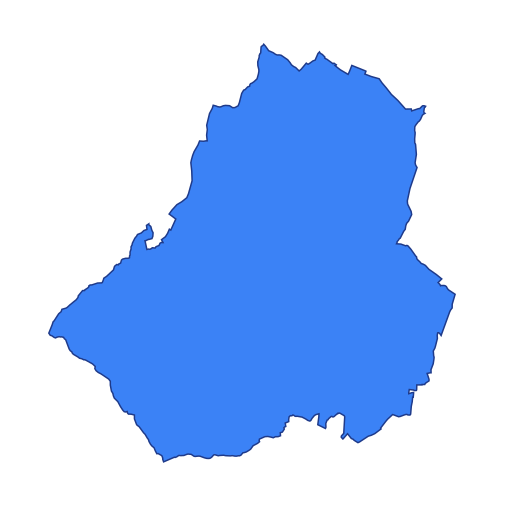 Mesesenii De Jos, Salaj, Romania (Robinson projection), rotated 94°
{"feature_id": "2599482B79196905607630", "entity_name": "Mesesenii De Jos", "entity_type": "district", "adm_level": 2, "iso_a3": "ROU", "parent_name": "Romania", "parent_adm1": "Salaj", "projection": "robinson", "projection_center": [22.986, 47.138], "detail": "fine", "context": "isolated", "style": "filled", "palette": "blue", "viewbox_px": 512, "rotation_deg": 94, "n_neighbors": 0, "source": "geoboundaries", "source_scale": "gbopen_adm2", "svg_char_len": 6006}
<svg xmlns="http://www.w3.org/2000/svg" viewBox="0 0 512 512"><g transform="rotate(94 256 256)"><path d="M384.3,402.6L389.0,394.4L391.1,392.6L395.0,392.3L400.8,390.8L403.1,389.2L405.5,388.5L407.7,387.4L410.9,383.7L415.8,380.6L419.1,378.1L420.5,376.6L420.7,375.0L420.1,373.7L421.8,373.1L422.6,372.2L422.5,369.6L423.1,366.2L427.0,365.9L432.4,363.4L433.1,362.8L434.4,360.7L440.2,355.8L441.6,354.2L445.1,351.8L446.6,350.5L448.5,349.8L451.0,348.2L452.7,346.7L454.4,344.3L457.5,342.8L460.2,341.1L459.9,339.9L461.5,336.5L462.1,335.8L464.0,335.0L465.5,334.8L467.8,333.8L462.9,324.3L462.4,323.4L462.6,322.7L461.9,321.1L460.3,319.0L460.4,317.4L460.0,314.0L458.5,310.8L458.3,309.8L458.4,306.8L460.1,303.8L460.2,302.7L459.6,299.5L459.6,297.9L460.9,293.4L461.3,291.2L461.3,289.4L461.1,288.1L460.7,287.3L459.7,286.1L457.5,284.4L457.2,283.8L457.2,282.7L457.9,279.8L457.5,278.2L457.0,274.4L457.3,272.5L457.2,267.8L456.8,265.7L457.1,263.0L457.0,261.3L456.5,259.7L456.4,258.3L455.7,257.1L453.2,255.3L453.0,254.2L452.2,252.1L450.5,249.6L449.1,247.9L445.4,245.6L442.8,241.4L441.0,239.5L439.9,240.0L438.4,239.8L435.6,234.5L435.2,231.6L435.6,228.5L436.1,226.1L434.9,224.0L434.7,221.4L433.6,219.0L430.6,219.5L429.8,217.4L426.7,215.7L425.4,216.2L424.6,215.6L424.0,214.4L420.6,215.2L418.9,211.8L416.9,212.0L414.2,211.8L412.9,210.6L412.9,209.1L412.0,208.1L412.3,207.1L412.9,206.3L413.2,205.5L413.0,203.6L413.5,198.8L415.1,195.1L416.4,192.8L416.9,190.7L416.2,189.8L414.1,188.8L411.2,186.7L410.1,185.3L409.0,182.2L411.8,182.1L420.0,182.6L423.2,174.7L422.0,174.3L418.2,174.7L414.7,173.6L414.4,172.8L413.2,172.2L410.9,169.9L410.7,169.1L411.1,168.5L411.2,167.9L410.7,166.9L408.9,165.2L407.8,163.8L407.6,163.9L407.1,163.4L407.0,163.1L407.3,162.8L406.8,161.6L409.1,156.9L410.1,156.3L426.8,156.1L429.5,158.2L430.7,158.4L432.5,156.7L432.4,156.4L426.9,152.3L431.4,148.2L432.1,146.2L433.0,145.3L435.1,141.3L434.3,139.8L427.9,131.4L426.8,128.5L424.9,125.1L419.8,119.2L419.0,119.7L411.9,115.0L409.7,113.4L404.6,108.6L406.4,102.5L406.0,100.9L404.3,97.2L403.6,95.4L403.5,94.4L404.0,93.3L403.9,91.3L403.0,90.7L395.1,90.6L390.5,90.0L385.9,89.9L385.9,89.3L381.5,89.2L381.1,89.3L381.5,91.0L382.7,94.0L381.7,94.1L378.5,93.8L378.7,89.5L379.2,88.3L378.9,86.6L378.1,86.4L373.4,86.6L373.0,81.4L372.6,81.4L372.4,78.7L371.9,78.6L370.6,77.5L368.5,74.7L366.9,74.8L361.2,77.1L360.4,74.2L360.3,73.2L357.2,73.5L351.2,71.7L346.2,71.3L344.5,71.3L343.1,71.8L338.4,72.5L335.6,71.2L333.5,70.7L325.6,69.3L322.5,69.7L320.0,69.4L319.8,68.5L320.5,67.3L322.4,65.8L298.2,58.9L296.1,58.0L294.2,56.7L290.4,56.9L280.3,54.7L276.3,61.7L275.1,62.8L273.2,64.0L272.5,65.2L272.3,66.3L272.5,68.7L272.5,69.4L272.8,69.8L271.5,70.6L269.8,72.5L265.9,69.1L262.1,74.5L257.2,82.6L253.6,86.3L252.5,88.6L251.9,90.7L250.5,92.0L248.3,94.7L247.4,95.4L245.6,95.8L245.0,96.6L238.3,102.1L235.3,105.1L234.9,106.2L235.4,107.4L234.0,112.3L234.0,116.7L232.6,116.2L231.8,116.2L230.2,115.0L228.7,114.2L228.2,113.4L221.1,110.4L219.0,109.0L215.4,108.7L212.9,108.0L210.5,106.2L203.8,103.6L200.6,104.4L193.6,108.4L190.5,108.9L177.9,107.1L156.5,101.5L154.2,103.1L151.9,103.8L143.5,103.1L134.2,104.5L133.3,104.7L132.1,105.5L128.1,105.9L123.2,105.8L121.6,105.9L119.8,106.5L115.9,106.6L113.8,105.5L110.8,103.5L110.0,102.5L108.2,101.4L104.1,99.9L103.0,99.0L101.9,97.4L101.4,98.3L100.4,98.7L96.4,98.4L95.8,97.7L95.3,97.7L94.8,97.3L94.4,98.8L94.5,100.1L94.9,100.7L97.5,103.0L97.7,104.3L100.4,110.8L98.5,111.4L99.0,117.1L90.9,125.4L85.4,132.2L79.2,137.8L74.5,142.4L70.6,145.5L68.9,153.6L66.9,160.1L64.0,159.2L63.6,160.1L59.2,173.7L65.3,175.6L68.4,176.8L64.4,184.8L61.6,189.0L60.6,190.3L60.4,189.6L59.7,189.2L58.6,191.1L58.2,191.7L58.8,192.6L54.8,199.0L54.4,200.1L53.7,201.3L52.7,201.2L50.3,203.9L49.9,204.9L48.9,206.4L48.0,206.9L49.7,208.3L56.5,210.7L57.4,212.8L60.1,216.0L61.0,217.3L61.0,217.8L60.1,219.3L66.6,224.0L68.4,225.9L65.2,229.6L64.4,231.6L62.8,234.0L61.0,235.3L58.0,238.1L54.0,244.9L53.8,246.8L54.0,248.7L53.5,250.5L52.0,253.0L50.3,257.7L45.9,261.3L44.2,263.1L45.5,263.8L46.5,265.2L47.1,265.5L53.1,265.5L54.0,266.2L55.8,266.8L57.4,266.7L62.2,267.8L66.0,267.4L69.8,266.2L71.4,266.0L74.3,266.3L79.2,267.3L82.4,270.3L83.8,272.1L84.5,273.5L85.7,274.1L87.1,274.2L87.9,276.1L90.7,278.4L91.4,279.9L94.8,281.6L104.2,283.3L107.4,284.3L109.4,287.4L109.7,289.6L107.9,292.9L107.9,296.9L108.4,299.1L109.6,301.4L109.9,302.5L109.7,304.7L109.2,306.1L108.6,309.2L111.7,309.9L117.1,312.3L129.0,314.3L133.3,313.4L138.9,313.7L144.5,312.7L144.6,313.9L145.2,316.4L145.2,320.3L149.3,321.6L156.2,325.0L160.1,326.2L164.5,327.1L167.5,327.5L175.8,326.0L185.4,325.0L198.6,327.7L202.7,329.1L207.1,333.9L210.3,338.5L216.0,343.0L220.2,345.6L224.7,338.6L236.1,342.8L235.3,344.3L239.6,345.8L243.1,347.7L246.3,351.4L249.1,349.7L249.2,351.5L249.9,352.6L252.3,353.5L253.7,356.4L255.1,357.2L255.0,360.1L255.7,360.6L256.7,362.3L256.6,363.8L257.1,365.3L248.5,367.8L248.3,366.8L246.9,364.5L247.0,364.1L245.9,361.0L243.6,360.3L240.0,360.3L237.6,361.7L233.9,363.0L232.2,365.2L231.4,365.2L233.1,367.4L237.1,366.6L238.4,369.6L241.0,372.0L242.8,375.7L244.9,376.7L245.9,377.6L247.2,378.3L251.8,380.2L253.5,380.4L255.6,381.3L257.7,381.1L260.8,381.9L263.9,381.7L264.5,382.1L266.6,382.1L267.2,383.3L267.4,386.0L268.4,388.9L269.4,389.9L272.6,390.6L273.5,392.3L274.4,392.7L274.2,394.3L275.8,396.1L276.5,396.5L279.8,397.2L286.7,403.6L288.8,406.3L290.5,406.6L293.2,407.5L293.6,408.2L294.0,412.1L296.3,417.8L296.5,419.5L297.5,420.7L298.4,420.6L299.7,421.7L301.7,424.4L302.4,424.6L302.6,426.6L308.1,430.5L309.8,430.7L312.2,432.3L317.6,438.1L320.5,440.8L321.3,442.0L322.7,445.9L325.1,446.5L327.4,448.8L334.8,452.9L335.8,453.8L338.7,454.5L347.4,457.3L349.4,455.8L349.9,453.9L351.3,451.7L351.7,450.2L350.9,449.0L350.2,446.8L350.4,445.4L350.2,444.3L350.6,442.2L351.8,441.5L352.8,440.0L361.8,435.9L363.3,434.8L363.9,434.0L364.3,433.2L365.8,432.4L366.8,431.3L369.1,426.7L370.3,424.9L370.7,422.5L371.6,420.4L371.4,419.7L371.7,418.7L375.0,411.6L377.4,408.7L379.6,408.9L381.6,407.5L383.2,405.2L384.3,402.6Z" fill="#3b82f6" stroke="#1e3a8a" stroke-width="1.5"/></g></svg>